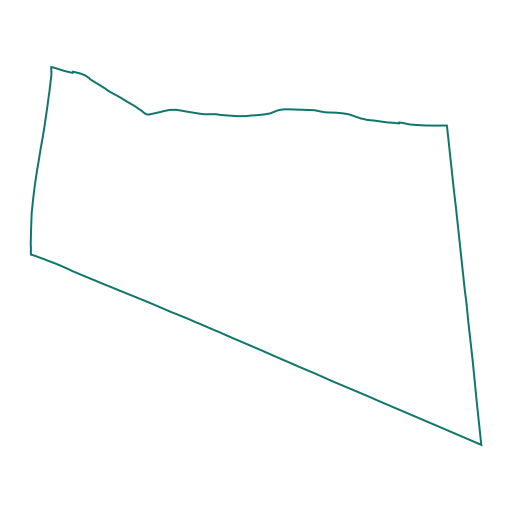 Pathum Wan, Bangkok Metropolis, Thailand (orthographic projection)
{"feature_id": "78962969B24986508007859", "entity_name": "Pathum Wan", "entity_type": "district", "adm_level": 2, "iso_a3": "THA", "parent_name": "Thailand", "parent_adm1": "Bangkok Metropolis", "projection": "orthographic", "projection_center": [100.531, 13.738], "detail": "fine", "context": "isolated", "style": "outline", "palette": "teal", "viewbox_px": 512, "rotation_deg": 0, "n_neighbors": 0, "source": "geoboundaries", "source_scale": "gbopen_adm2", "svg_char_len": 2915}
<svg xmlns="http://www.w3.org/2000/svg" viewBox="0 0 512 512"><path d="M382.5,402.6L457.4,434.6L481.3,444.9L476.8,402.5L472.6,360.0L468.3,321.8L466.5,303.4L464.7,289.4L464.0,282.8L461.3,257.7L458.5,231.4L455.8,206.2L454.4,194.8L453.8,189.5L451.8,170.8L450.7,160.7L448.5,140.2L447.6,132.2L447.1,127.2L446.9,125.6L445.1,125.5L439.9,125.6L433.3,125.6L427.7,125.5L426.3,125.5L425.4,125.5L425.2,125.5L417.1,125.0L416.3,125.0L415.3,124.9L410.4,124.5L407.3,124.0L403.8,123.1L399.3,122.5L399.3,123.2L399.2,123.4L398.7,123.4L397.9,123.3L397.0,123.2L393.0,122.8L387.5,122.4L386.5,122.3L383.6,121.9L373.8,120.5L372.9,120.4L372.3,120.4L372.1,120.4L367.1,119.9L366.4,119.8L365.6,119.5L363.9,119.0L363.5,118.9L363.2,118.8L362.8,118.8L361.6,118.7L361.1,118.6L356.7,117.0L348.7,114.3L348.2,114.2L347.5,114.1L347.1,114.0L345.9,113.8L343.4,113.4L337.2,112.8L336.1,112.7L327.0,112.4L325.0,112.3L324.4,112.2L323.6,112.1L323.3,112.0L316.3,110.6L314.1,110.2L313.2,110.1L311.8,110.1L296.7,109.6L295.2,109.5L287.4,109.3L284.0,109.3L282.6,109.5L279.6,110.0L278.1,110.3L277.7,110.5L276.9,110.7L272.2,112.6L271.7,112.8L271.1,113.2L267.8,113.8L264.5,114.4L256.8,115.2L251.5,115.5L245.8,116.1L238.0,116.2L220.6,115.0L219.1,114.7L215.8,114.2L211.5,114.2L205.0,114.3L200.3,113.8L189.1,112.0L182.8,110.9L177.5,110.0L176.8,109.9L176.1,109.9L173.6,109.9L171.5,109.9L170.7,109.9L169.5,110.0L168.7,110.1L168.1,110.2L167.9,110.3L167.7,110.3L164.0,111.0L161.0,111.9L157.6,112.6L153.3,113.6L149.7,114.4L149.2,114.5L148.3,114.5L147.8,114.5L147.1,114.4L146.7,114.3L146.0,114.1L145.3,113.7L145.1,113.6L144.4,113.1L142.8,111.8L141.5,110.7L140.9,110.3L137.6,108.2L136.8,107.4L136.3,107.1L129.9,103.3L126.3,101.2L120.0,97.3L119.6,97.1L119.3,96.9L119.2,96.9L118.9,96.7L115.2,94.7L114.6,94.4L109.9,91.8L107.3,90.2L106.9,89.9L105.3,88.6L96.0,82.9L95.8,82.8L94.7,82.1L92.9,81.0L92.7,80.9L91.9,80.4L90.3,79.3L89.8,78.9L88.9,77.8L88.3,77.5L87.4,76.9L87.2,76.8L86.9,76.5L85.1,75.4L84.3,75.0L82.5,74.3L82.0,74.1L80.2,73.5L78.4,73.0L76.8,72.6L73.0,71.7L72.6,72.9L71.8,72.7L64.5,71.0L53.4,67.5L52.6,67.3L51.3,67.1L51.3,71.1L51.4,72.3L51.4,74.2L51.3,75.9L50.4,83.2L49.3,92.6L48.8,95.7L47.4,106.3L47.2,107.8L45.8,117.2L45.0,122.8L44.2,128.1L42.6,138.1L40.6,149.0L38.7,160.8L37.1,170.0L34.9,184.8L34.7,186.2L33.2,198.5L31.9,211.0L31.6,214.1L31.1,229.2L30.8,240.3L30.7,244.7L30.9,246.5L30.9,254.6L33.3,255.3L35.0,255.8L38.1,257.0L43.7,259.0L47.1,260.4L48.7,261.0L55.9,263.7L59.7,265.3L63.1,266.8L69.1,269.5L70.5,270.2L71.2,270.5L72.6,271.2L76.6,272.8L77.6,273.3L86.5,277.0L92.4,279.4L99.3,282.3L102.6,283.7L122.8,291.9L150.6,303.2L170.8,311.9L186.1,318.0L188.7,319.1L196.1,322.4L197.5,322.9L200.4,324.1L202.8,325.2L203.9,325.6L211.6,329.0L219.1,332.1L230.4,337.1L251.0,345.9L257.6,348.7L274.9,356.3L284.4,360.4L285.4,360.8L298.1,366.4L315.9,373.9L332.2,381.2L363.1,394.2L369.8,397.0L379.1,401.2L379.8,401.4L382.5,402.6Z" fill="none" stroke="#0f766e" stroke-width="2"/></svg>